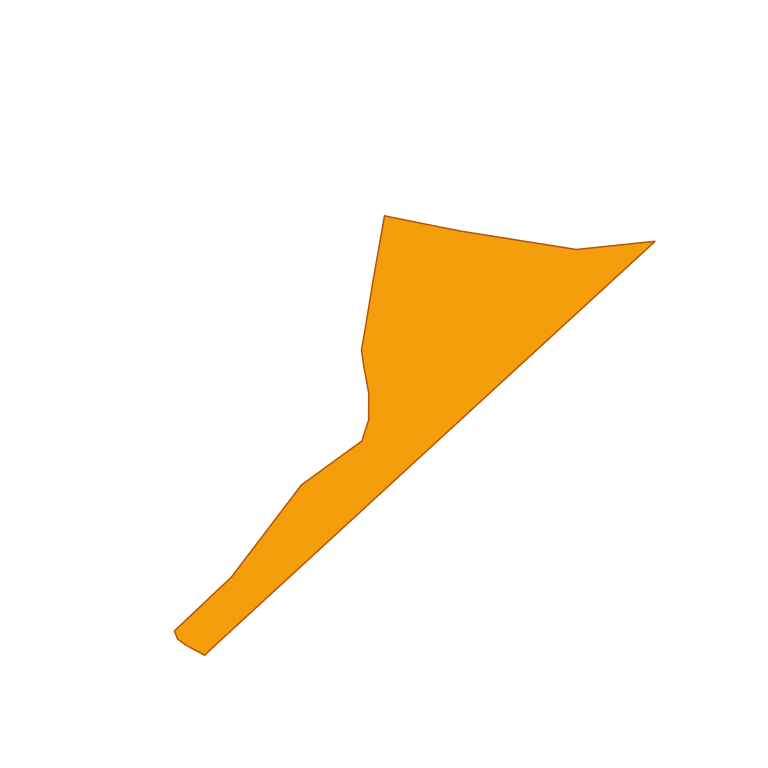 outline of Chiredzi Urban, Masvingo, Zimbabwe, rotated 150°
{"feature_id": "62879985B81925630456869", "entity_name": "Chiredzi Urban", "entity_type": "district", "adm_level": 2, "iso_a3": "ZWE", "parent_name": "Zimbabwe", "parent_adm1": "Masvingo", "projection": "mercator", "projection_center": [31.689, -21.032], "detail": "fine", "context": "isolated", "style": "filled", "palette": "amber", "viewbox_px": 768, "rotation_deg": 150, "n_neighbors": 0, "source": "geoboundaries", "source_scale": "gbopen_adm2", "svg_char_len": 589}
<svg xmlns="http://www.w3.org/2000/svg" viewBox="0 0 768 768"><g transform="rotate(150 384 384)"><path d="M291.5,324.5L77.9,372.0L77.7,372.0L150.3,404.4L239.2,476.5L239.9,477.0L262.2,496.5L265.4,499.4L268.8,502.3L273.2,506.2L273.9,506.8L299.5,529.4L312.8,513.5L342.8,477.8L371.7,442.4L386.5,424.8L391.4,412.6L392.7,409.2L401.7,384.0L415.3,360.5L431.7,345.7L505.9,337.9L612.7,293.1L685.4,275.8L689.1,274.8L690.3,266.1L686.2,257.1L681.7,249.7L674.9,238.6L668.3,240.5L492.5,279.7L375.5,305.8L374.6,306.0L324.7,317.1L291.5,324.5Z" fill="#f59e0b" stroke="#b45309" stroke-width="1.5"/></g></svg>